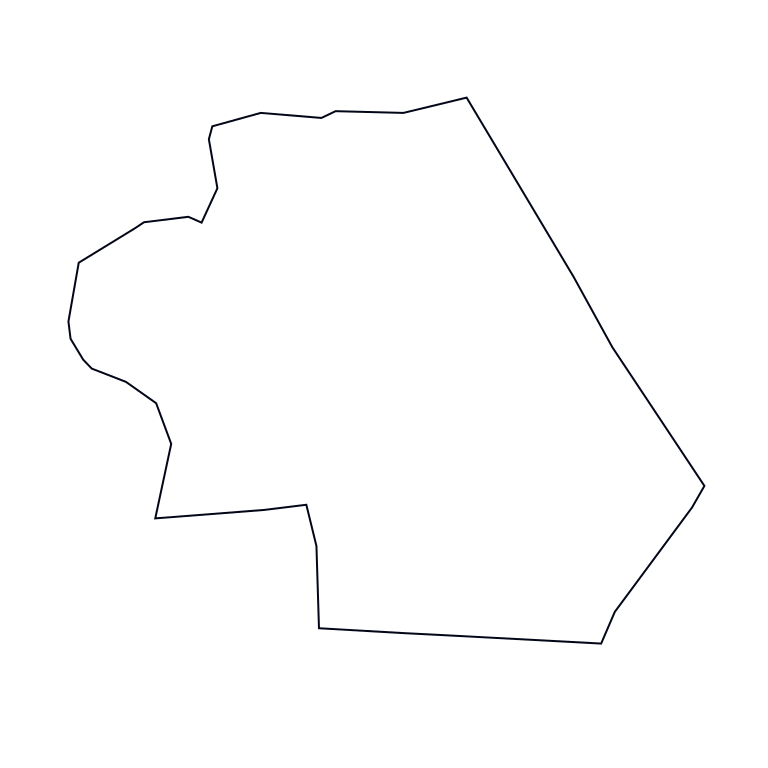 Bay, Mercator projection, rotated 263°
{"feature_id": "SOM-2313", "entity_name": "Bay", "entity_type": "Region", "adm_level": 1, "iso_a3": "SOM", "parent_name": "Somalia", "parent_adm1": "", "projection": "mercator", "projection_center": [43.708, 2.69], "detail": "fine", "context": "isolated", "style": "outline", "palette": "ink", "viewbox_px": 768, "rotation_deg": 263, "n_neighbors": 0, "source": "natural_earth", "source_scale": "10m", "svg_char_len": 579}
<svg xmlns="http://www.w3.org/2000/svg" viewBox="0 0 768 768"><g transform="rotate(263 384 384)"><path d="M484.5,78.4L541.6,95.8L568.8,155.5L573.8,165.5L573.8,210.2L566.4,222.6L598.6,242.5L648.3,240.0L660.7,245.0L668.1,294.7L655.7,354.3L660.7,369.2L650.7,436.3L658.2,500.9L467.1,585.3L392.7,615.1L328.2,647.4L243.8,689.6L223.9,674.7L129.7,585.3L99.9,567.9L127.2,414.0L134.6,371.7L149.5,289.7L231.4,297.2L273.6,292.2L273.6,250.0L278.5,140.6L350.5,165.5L392.7,155.5L417.5,128.2L434.9,95.8L444.8,88.4L467.1,78.4L484.5,78.4Z" fill="none" stroke="#020617" stroke-width="2"/></g></svg>